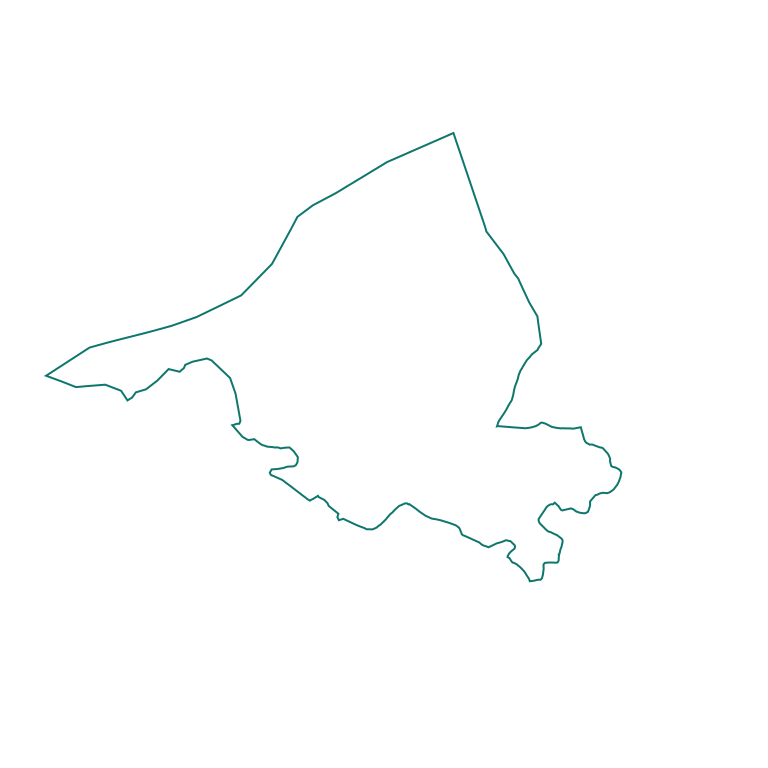 Al-Dilingat, Al Buhayrah, Egypt, rotated 134°
{"feature_id": "37247803B72725893374762", "entity_name": "Al-Dilingat", "entity_type": "district", "adm_level": 2, "iso_a3": "EGY", "parent_name": "Egypt", "parent_adm1": "Al Buhayrah", "projection": "equal_earth", "projection_center": [30.518, 30.81], "detail": "fine", "context": "isolated", "style": "outline", "palette": "teal", "viewbox_px": 768, "rotation_deg": 134, "n_neighbors": 0, "source": "geoboundaries", "source_scale": "gbopen_adm2", "svg_char_len": 5602}
<svg xmlns="http://www.w3.org/2000/svg" viewBox="0 0 768 768"><g transform="rotate(134 384 384)"><path d="M267.4,547.9L280.0,551.2L304.8,559.3L323.8,562.4L337.6,558.4L375.3,548.0L393.9,548.1L419.5,548.3L433.5,553.4L465.9,565.3L489.5,577.1L506.4,587.1L510.6,589.6L529.8,601.5L536.6,605.7L545.7,611.3L562.3,621.1L612.8,632.8L606.1,617.6L600.2,603.4L591.5,595.9L578.1,584.0L571.5,568.4L574.0,557.1L572.2,556.7L568.9,555.8L566.4,556.1L562.4,556.7L553.7,551.8L553.2,551.5L543.0,550.0L539.0,549.4L522.9,549.3L519.3,543.2L517.9,540.8L517.1,539.5L514.5,539.3L511.4,539.0L508.4,540.3L502.4,537.8L500.8,537.1L498.4,535.5L488.7,529.1L486.8,524.4L486.6,498.9L494.1,484.0L500.1,475.7L510.2,461.7L513.1,460.5L515.1,462.4L517.7,463.6L518.4,464.1L519.0,464.5L519.2,462.0L519.5,458.8L520.0,452.3L520.3,449.2L520.2,448.7L519.9,447.5L518.9,443.3L518.3,442.4L516.8,441.3L515.4,440.2L513.8,439.0L513.5,436.0L513.1,432.5L512.9,430.8L512.8,430.3L512.2,428.7L511.0,426.4L510.2,424.5L507.0,420.6L506.2,419.4L505.6,418.6L505.2,418.0L504.1,417.2L503.6,416.4L502.9,415.6L502.5,414.5L502.3,413.8L499.0,411.3L497.0,409.5L495.3,407.9L495.2,405.2L495.1,402.2L495.7,398.9L496.5,395.1L498.7,393.3L499.0,393.0L499.9,392.3L500.8,391.7L503.0,391.2L503.7,391.0L506.1,391.9L508.4,394.0L510.3,395.9L514.4,398.1L515.8,399.1L519.0,401.5L520.1,402.4L521.5,403.7L523.5,405.5L526.5,404.7L527.1,404.6L528.0,402.3L527.0,399.7L524.8,393.6L523.7,390.6L522.3,379.2L521.9,375.7L521.8,374.8L520.9,366.7L520.8,365.8L520.3,362.2L520.2,361.4L520.1,359.5L519.4,356.3L518.0,356.0L516.7,355.5L515.2,355.0L510.3,353.8L510.7,352.5L509.8,349.6L508.8,346.4L508.9,343.9L509.0,341.8L510.1,339.1L509.8,335.4L509.0,326.7L512.2,325.0L513.3,321.8L509.3,319.7L504.6,305.9L503.0,302.0L502.1,299.9L501.4,298.4L501.0,297.1L500.5,295.5L496.4,291.2L492.5,289.6L490.0,289.4L487.3,288.8L483.9,288.7L480.3,288.6L477.2,288.9L476.7,288.9L473.5,289.1L470.2,288.7L469.4,288.8L466.9,288.8L465.2,288.7L461.2,288.4L459.1,287.5L458.2,287.1L455.4,286.0L453.9,284.5L453.7,282.8L452.9,282.5L452.0,277.0L451.8,275.5L451.6,274.6L451.3,271.6L451.2,270.2L449.9,262.5L447.6,256.1L444.9,252.2L443.1,249.3L442.4,248.1L440.4,244.1L440.0,243.3L438.7,240.8L435.8,234.3L435.3,230.6L435.3,230.1L435.7,228.6L436.5,227.0L437.3,225.0L438.0,224.0L438.0,222.3L437.1,220.3L433.3,209.6L432.7,207.8L431.8,205.5L431.7,203.5L431.5,201.3L429.5,197.0L428.7,195.3L427.7,195.0L426.3,194.4L424.5,193.7L422.7,193.1L422.1,192.8L420.7,192.4L417.1,190.3L415.4,189.4L413.9,188.7L411.6,187.7L409.2,183.7L409.2,178.1L409.9,176.7L411.9,175.7L412.9,175.9L414.7,176.1L416.2,176.3L416.9,176.3L418.7,176.3L421.8,175.5L422.7,174.8L422.3,173.7L422.1,172.7L423.1,168.8L423.1,167.3L422.4,166.6L421.9,164.6L421.5,163.0L421.4,161.1L421.2,159.4L421.2,156.9L421.3,155.3L421.3,154.8L421.5,152.8L421.6,151.9L421.9,150.7L422.4,148.9L422.9,146.6L423.4,144.4L424.6,142.1L421.5,139.6L420.1,138.7L418.8,137.9L418.2,137.5L417.7,137.1L416.0,135.4L414.1,135.4L412.8,136.1L411.6,136.8L410.6,137.3L408.7,138.8L406.2,140.6L404.4,142.5L403.1,143.8L401.1,144.1L399.6,142.9L398.7,142.1L397.9,141.4L397.4,140.9L395.7,139.1L394.9,138.2L394.2,137.4L393.4,136.5L392.0,135.2L390.8,135.4L389.8,135.7L388.4,136.8L387.1,138.1L385.9,138.9L385.2,139.3L385.3,139.8L383.4,140.3L382.0,141.2L380.6,142.1L378.9,142.8L377.4,143.4L375.9,144.5L374.7,145.1L373.1,146.2L372.1,147.6L371.9,149.0L372.1,150.9L372.5,154.6L373.4,156.7L373.5,157.2L374.1,158.9L374.8,161.3L376.0,163.3L376.2,165.7L376.2,167.4L376.1,169.3L376.1,173.1L376.0,175.1L375.8,175.9L375.0,177.6L374.5,178.3L373.6,179.0L373.1,179.1L371.8,179.3L370.0,179.7L367.4,180.1L366.9,180.2L363.3,180.8L362.3,181.0L361.1,181.3L359.9,181.5L359.5,181.5L358.9,181.5L358.2,181.5L355.5,180.9L355.1,180.6L354.0,179.9L353.1,178.8L350.8,178.8L350.7,177.3L350.7,175.1L350.6,173.6L350.8,172.9L351.4,170.3L351.6,169.3L351.1,167.9L350.0,167.2L349.4,166.9L347.2,165.4L344.9,163.9L343.6,163.1L342.6,160.7L342.2,157.3L341.0,154.6L340.5,153.6L339.2,151.8L338.7,151.1L337.4,149.7L337.1,149.4L334.1,148.5L333.6,148.8L331.9,149.5L331.3,149.8L328.5,151.2L328.0,151.6L325.3,154.2L317.0,154.7L316.4,154.2L315.8,153.8L312.9,152.8L310.2,151.0L307.8,148.0L307.5,147.6L304.5,146.2L303.0,146.0L300.5,145.6L299.0,145.7L295.8,146.1L295.1,146.1L292.2,146.9L290.6,147.5L289.9,147.8L287.4,148.9L286.9,149.1L282.7,151.9L282.3,154.0L282.1,155.3L283.2,159.5L284.7,161.6L285.1,163.8L283.4,166.4L282.4,167.9L280.6,169.5L279.2,172.8L278.7,174.0L278.5,176.4L278.3,179.3L278.2,181.2L278.2,182.5L279.8,185.0L280.8,187.3L281.6,189.1L282.9,192.3L284.7,193.9L285.7,197.5L285.6,199.3L284.7,201.7L282.1,206.1L281.4,207.3L280.5,208.9L278.4,212.4L283.8,216.2L285.6,217.8L286.5,219.2L287.4,220.0L288.6,221.3L290.1,222.9L292.3,225.4L293.0,225.8L295.8,229.6L298.3,233.5L300.1,239.6L300.6,240.8L301.7,243.1L302.7,244.2L303.9,244.4L305.3,244.5L307.3,245.1L308.6,245.4L309.9,246.2L312.8,247.8L315.6,249.9L317.7,251.6L318.2,252.2L319.0,253.2L323.8,259.0L325.9,261.5L331.3,268.1L333.1,270.3L334.9,272.5L335.3,273.0L335.9,273.3L331.5,275.5L328.0,276.2L322.7,277.1L318.3,278.0L314.1,279.2L312.6,279.6L307.2,280.8L306.4,281.1L301.8,283.6L301.0,284.2L298.0,286.2L294.7,288.1L288.0,291.0L283.5,293.6L280.3,294.8L279.4,295.2L276.5,295.7L275.8,296.0L271.9,296.9L270.8,297.1L267.7,297.8L263.4,297.9L259.8,298.2L254.2,297.4L253.6,297.3L252.8,297.2L251.6,297.7L249.5,298.1L245.9,298.8L232.9,315.5L228.8,320.6L227.0,327.1L224.5,336.0L223.3,339.2L222.5,341.2L219.5,349.1L216.4,357.0L214.9,360.7L214.1,366.8L211.3,376.0L207.5,388.2L203.2,416.3L200.8,420.3L163.9,491.6L159.9,499.4L155.2,508.4L222.3,536.0L239.1,540.4L267.4,547.9Z" fill="none" stroke="#0f766e" stroke-width="2"/></g></svg>